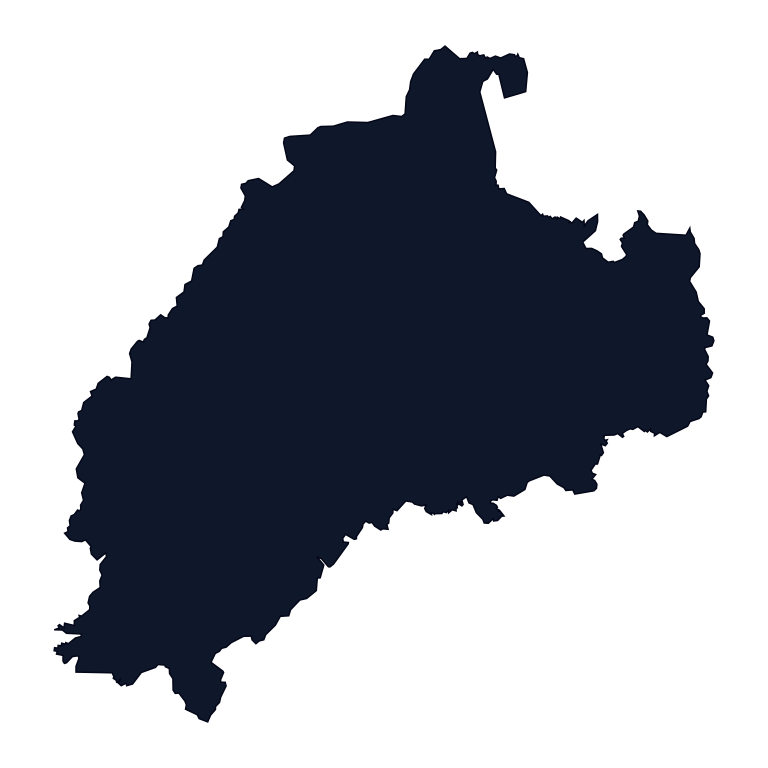 outline of Atzalan, Veracruz, Mexico
{"feature_id": "50627088B7265793034520", "entity_name": "Atzalan", "entity_type": "district", "adm_level": 2, "iso_a3": "MEX", "parent_name": "Mexico", "parent_adm1": "Veracruz", "projection": "albers", "projection_center": [-97.113, 19.905], "detail": "fine", "context": "isolated", "style": "filled", "palette": "ink", "viewbox_px": 768, "rotation_deg": 0, "n_neighbors": 0, "source": "geoboundaries", "source_scale": "gbopen_adm2", "svg_char_len": 5997}
<svg xmlns="http://www.w3.org/2000/svg" viewBox="0 0 768 768"><path d="M705.7,411.8L706.4,399.0L708.6,395.9L706.9,391.3L708.7,385.7L705.0,380.1L710.9,377.6L712.6,373.0L706.1,364.4L708.0,360.9L708.2,356.6L704.5,349.2L705.3,347.5L711.9,345.9L713.9,340.8L712.8,337.2L707.0,334.9L709.5,321.0L706.9,317.8L703.0,318.0L700.6,316.7L700.7,315.3L704.3,313.2L704.2,308.7L698.3,301.5L696.2,292.1L689.6,281.3L690.4,277.6L699.2,266.8L700.0,253.7L698.8,249.7L694.6,243.5L694.1,238.4L690.3,232.0L689.8,228.1L686.0,235.2L656.0,233.3L651.4,230.1L647.3,224.7L647.8,221.0L644.1,214.9L640.6,211.2L637.8,210.9L639.4,216.1L638.2,221.3L634.7,222.6L633.5,227.1L623.9,234.0L623.1,235.2L624.3,238.1L621.2,238.2L620.2,239.5L622.5,242.9L621.5,246.4L626.7,254.7L626.0,256.4L622.3,259.5L614.4,262.5L613.2,261.3L608.2,262.2L602.5,257.9L601.5,253.9L597.1,250.9L591.7,248.4L586.0,248.5L582.7,242.1L595.4,230.7L597.6,221.6L597.5,214.4L588.0,220.8L584.3,225.9L584.0,220.5L582.4,222.3L576.2,218.1L572.2,222.7L569.3,222.6L570.2,221.7L568.5,220.5L560.6,217.0L560.1,218.9L557.2,217.1L556.6,219.1L555.0,217.0L552.2,218.8L550.2,216.4L548.7,217.4L547.5,215.9L543.4,216.2L542.6,214.2L540.9,215.6L528.8,202.3L506.6,193.8L504.2,188.5L498.8,188.9L498.1,185.2L496.0,185.1L496.2,181.2L494.5,177.6L496.7,170.1L495.2,168.0L495.6,151.8L479.8,92.0L482.8,81.4L487.4,79.0L493.2,69.3L496.6,74.2L498.8,74.2L504.5,97.9L525.7,91.6L527.4,72.5L523.6,58.7L519.3,57.7L517.8,54.2L517.1,55.9L514.9,56.3L514.5,54.7L509.5,54.0L500.7,58.0L495.4,56.1L490.0,58.5L487.2,57.0L485.4,58.1L483.8,54.9L479.7,55.8L477.6,54.5L477.4,52.0L474.5,53.7L472.5,52.4L470.1,53.1L466.9,58.4L459.6,58.7L445.0,46.1L440.7,49.6L434.3,50.8L429.2,59.2L424.7,59.2L413.5,74.0L410.7,81.5L409.6,89.7L406.3,96.6L405.1,113.8L401.8,116.5L392.9,115.5L367.8,122.5L347.4,122.0L333.2,126.2L320.8,126.5L317.9,127.7L310.2,135.1L289.9,136.4L284.5,138.1L283.6,142.9L287.4,160.0L294.6,165.9L294.0,170.7L279.0,183.9L272.2,186.9L258.6,178.5L248.2,180.7L245.9,183.3L241.6,184.3L240.9,188.0L245.3,195.9L244.7,200.5L241.4,207.3L243.7,209.0L239.0,209.4L238.2,212.9L234.6,216.2L234.1,219.5L230.8,220.7L228.8,227.0L223.3,231.8L223.0,236.7L219.4,238.6L217.3,247.1L204.2,260.0L202.4,265.0L197.9,265.7L194.1,268.3L191.6,281.0L185.0,284.5L184.0,291.9L176.4,297.5L177.2,306.1L172.5,308.5L168.3,314.9L168.1,317.8L165.0,317.8L160.7,314.8L155.0,320.0L151.0,320.3L149.1,324.1L150.1,327.7L146.9,337.8L144.4,339.3L143.4,342.0L139.1,340.4L137.4,341.4L131.2,349.0L129.6,353.6L132.0,361.9L131.1,378.8L115.6,377.2L111.0,380.0L109.4,377.3L107.1,376.4L98.2,383.3L96.2,389.1L90.5,391.5L92.1,396.0L83.7,402.5L81.7,410.5L78.6,411.9L78.0,413.6L79.1,419.3L77.7,420.9L74.8,420.9L74.3,425.1L76.0,426.1L72.5,431.8L77.8,443.6L82.8,448.9L84.4,454.7L76.3,468.9L77.9,477.8L85.0,483.2L81.7,492.8L83.5,500.3L80.6,505.1L80.8,509.1L79.7,510.9L77.6,510.0L74.2,514.6L71.2,515.9L69.4,520.5L70.2,525.7L67.5,527.9L68.1,531.5L64.6,533.2L69.9,539.4L74.9,541.1L81.7,541.6L85.5,539.9L91.3,546.8L90.3,548.2L91.4,554.1L97.1,559.9L105.8,552.9L106.5,556.5L100.2,564.5L99.8,570.1L102.1,575.1L99.8,580.9L100.2,587.5L93.0,592.3L89.6,596.3L88.1,602.9L89.9,606.0L89.6,609.7L81.6,616.1L79.1,615.5L79.7,617.3L74.3,620.6L74.3,625.5L64.6,623.2L64.0,627.8L59.5,624.6L58.1,625.7L59.2,628.0L54.2,629.8L62.3,630.0L66.5,633.3L81.2,634.0L81.2,636.5L75.5,637.9L68.4,643.7L65.8,642.6L65.4,644.1L61.7,643.2L61.3,645.8L58.2,645.4L57.8,648.1L54.6,647.7L54.1,650.7L57.3,651.4L56.5,654.1L63.0,655.4L63.0,661.1L64.4,663.4L66.5,662.8L72.4,656.6L78.2,655.8L79.0,658.3L76.0,666.4L76.0,672.1L112.1,672.8L113.9,676.7L113.3,678.3L116.3,680.4L116.7,682.3L117.9,682.6L120.8,678.2L118.6,683.3L121.2,685.7L126.1,683.2L126.7,685.7L132.6,684.0L141.3,672.5L155.5,667.4L157.9,664.5L165.0,665.1L165.3,666.7L169.3,668.5L169.6,673.7L172.9,678.6L173.1,690.1L175.2,693.4L178.9,693.1L184.9,701.0L186.4,704.8L185.5,709.2L197.3,714.8L199.1,718.6L207.7,721.9L210.6,715.1L215.4,709.6L215.6,706.5L219.5,702.4L220.7,697.1L226.1,686.0L225.2,682.3L220.8,682.2L220.6,679.7L223.6,672.5L222.8,671.1L211.0,662.3L215.3,653.4L219.3,651.4L221.6,648.3L226.1,647.2L231.3,642.6L243.6,636.3L251.2,636.1L252.1,639.9L255.9,643.7L259.3,640.9L263.8,639.8L265.7,634.7L275.4,625.1L280.3,616.3L288.7,615.8L290.6,609.7L299.9,600.0L306.6,598.5L316.3,590.6L317.3,578.1L320.2,577.8L323.8,565.1L316.8,556.7L321.5,558.7L328.4,566.8L330.0,566.9L333.6,564.0L348.2,543.8L348.4,542.5L343.3,542.0L342.7,538.3L345.6,534.4L354.3,539.4L356.4,538.8L356.5,536.5L362.4,527.6L363.0,524.1L365.8,521.1L369.1,523.1L372.0,522.4L374.6,526.1L380.8,530.0L382.9,528.8L388.1,529.3L386.9,524.4L388.7,523.1L389.2,517.8L392.8,513.1L393.0,509.3L397.0,510.7L405.8,501.0L412.3,502.0L414.6,504.1L421.6,505.9L426.0,505.0L424.7,508.6L426.3,511.6L431.5,514.6L431.2,512.8L434.6,513.7L434.2,515.0L435.0,513.7L441.8,513.5L443.3,511.7L446.4,512.6L448.7,510.1L448.7,512.8L452.2,509.8L456.1,510.9L456.0,508.4L457.3,507.8L456.5,502.7L457.5,505.1L458.6,504.0L458.0,501.8L461.0,502.3L459.3,504.3L461.9,505.9L463.1,504.5L461.9,500.0L466.6,496.7L469.0,502.9L473.0,504.6L476.3,512.6L482.9,519.4L484.2,523.0L488.3,523.3L493.2,518.6L493.6,521.0L497.6,520.5L501.7,516.2L504.0,516.0L499.9,510.8L498.7,511.1L499.2,510.1L496.3,508.6L497.4,507.4L496.5,505.4L493.1,503.2L490.7,503.3L490.4,501.3L492.4,499.8L497.1,500.3L498.2,496.5L500.6,498.4L507.3,495.2L513.9,496.1L524.9,489.5L527.2,482.4L529.4,480.8L543.9,475.1L549.8,476.0L557.3,484.1L564.0,487.7L565.8,490.5L572.7,489.9L574.8,494.1L593.9,490.8L596.5,488.3L596.9,484.2L594.6,480.4L591.8,479.3L595.7,474.5L592.4,473.3L591.0,470.3L595.2,464.1L597.5,464.0L600.3,455.0L601.5,455.5L603.4,452.7L600.8,444.1L605.3,445.7L607.3,443.2L606.2,441.2L607.1,439.8L605.2,440.3L603.8,438.7L604.4,435.3L614.3,435.0L617.7,433.5L622.5,437.3L623.7,436.4L622.3,433.4L626.6,430.4L630.3,428.8L632.8,429.4L637.9,426.6L644.3,431.5L645.3,430.5L647.4,432.0L650.4,429.0L650.7,431.4L654.5,433.2L654.4,435.8L659.8,432.4L666.8,436.6L687.6,426.2L690.1,421.5L698.9,418.6L701.1,416.8L702.8,412.1L705.7,411.8Z" fill="#0f172a" stroke="#020617" stroke-width="1.5"/></svg>